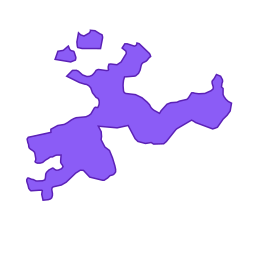 the border of Solothurn, rotated 12°
{"feature_id": "CHE-3426", "entity_name": "Solothurn", "entity_type": "Canton", "adm_level": 1, "iso_a3": "CHE", "parent_name": "Switzerland", "parent_adm1": "", "projection": "mercator", "projection_center": [7.597, 47.288], "detail": "fine", "context": "isolated", "style": "filled", "palette": "violet", "viewbox_px": 256, "rotation_deg": 12, "n_neighbors": 0, "source": "natural_earth", "source_scale": "10m", "svg_char_len": 3186}
<svg xmlns="http://www.w3.org/2000/svg" viewBox="0 0 256 256"><g transform="rotate(12 128 128)"><path d="M91.7,114.5L94.1,114.3L94.5,113.1L94.8,110.9L94.6,109.1L94.1,107.4L93.3,106.2L92.5,105.3L90.4,104.7L85.9,100.9L83.2,96.5L80.9,94.8L78.5,94.0L76.5,94.1L71.0,93.6L57.3,90.1L61.7,83.2L65.5,82.3L67.5,82.7L72.4,85.5L77.0,86.2L79.6,85.5L81.7,84.1L83.0,82.3L84.0,80.4L84.8,78.3L85.9,77.4L86.9,76.9L95.0,76.3L96.5,75.8L96.9,75.0L96.2,73.6L95.9,72.0L96.1,69.6L97.7,69.0L104.1,68.4L107.5,64.9L110.8,55.6L110.6,54.6L109.9,53.2L105.6,51.0L107.4,46.3L109.7,45.8L117.3,46.6L118.4,45.8L119.1,44.8L119.1,43.0L121.4,43.2L133.5,50.7L134.4,51.8L135.3,53.3L133.9,55.1L132.7,57.6L131.8,58.9L130.7,59.8L129.6,60.6L128.8,61.3L128.2,62.4L127.9,63.7L127.8,68.9L126.9,72.4L124.6,75.4L123.3,76.0L116.6,78.0L114.0,78.7L113.7,82.2L114.0,85.3L114.4,87.7L116.0,93.0L117.0,94.1L118.4,94.7L128.4,93.8L135.4,95.5L141.3,98.7L144.1,100.7L146.2,103.2L148.1,104.5L149.8,105.3L155.8,107.1L156.8,104.2L161.2,96.6L164.7,94.3L170.6,92.6L172.7,91.0L179.6,87.8L180.4,86.8L181.3,84.8L182.9,80.4L184.3,80.0L186.5,80.1L190.1,79.8L196.1,78.2L201.4,74.3L203.1,72.1L202.9,70.2L202.0,68.6L201.1,67.0L200.6,65.4L200.6,64.5L202.0,61.8L203.4,57.3L207.8,58.1L210.3,61.1L210.8,62.5L210.8,63.8L210.6,64.7L210.9,68.4L212.8,69.6L214.0,75.4L215.3,77.3L217.8,79.6L220.5,81.2L224.1,82.2L224.4,90.1L222.3,94.9L219.1,99.7L215.3,108.7L213.0,110.2L211.0,111.3L193.0,108.6L190.5,107.6L188.5,107.1L175.9,118.6L175.1,119.7L168.3,133.3L166.2,136.0L156.4,138.4L153.7,137.4L148.3,139.5L140.5,139.1L137.2,137.0L127.6,125.5L117.4,130.1L98.6,132.4L102.6,137.3L103.0,138.8L103.9,141.8L104.1,145.0L109.3,151.4L114.5,153.8L119.0,160.4L123.0,167.7L124.5,171.1L125.0,173.5L124.5,174.8L123.8,176.1L122.9,177.0L120.2,178.4L118.5,181.1L115.5,184.1L113.8,184.4L100.8,184.0L93.2,178.7L90.1,179.2L86.2,183.0L78.8,193.9L74.7,197.6L67.1,201.1L66.2,202.3L66.2,204.0L67.7,207.7L68.1,209.7L67.9,212.1L66.9,213.5L65.1,214.6L59.9,216.3L57.4,210.8L57.2,207.0L56.6,206.8L54.2,207.3L46.1,209.6L45.1,209.1L43.5,207.7L41.8,204.2L40.8,202.6L40.0,201.0L39.7,199.7L40.2,197.9L41.1,197.6L44.3,198.2L46.1,198.1L49.0,198.9L50.3,198.7L55.3,197.4L57.4,196.1L57.6,194.1L57.1,190.1L57.6,188.2L59.4,185.5L62.5,182.9L63.4,182.9L64.8,183.7L66.5,184.2L68.5,183.7L71.5,181.6L72.5,179.4L71.5,177.9L70.2,176.8L69.3,175.7L68.9,173.8L68.2,168.4L63.9,169.3L62.4,170.1L60.3,171.9L58.0,172.5L56.4,174.3L53.9,176.6L51.7,179.4L49.4,180.6L46.5,181.2L44.7,180.8L44.1,180.3L44.2,179.4L44.4,178.5L44.2,177.2L42.3,172.5L41.6,171.2L40.2,170.2L37.1,169.0L35.7,168.2L34.9,167.1L34.1,164.7L33.1,163.2L31.6,159.8L32.4,157.8L53.5,148.3L52.8,145.3L58.7,140.2L65.0,137.7L67.7,135.4L70.9,131.9L73.3,129.9L75.2,128.7L84.5,125.8L87.1,123.9L88.8,121.9L90.9,115.5L91.7,114.5ZM65.8,47.2L70.2,43.3L70.7,42.6L71.0,41.4L71.1,40.4L71.0,40.2L75.5,39.7L80.9,41.7L83.2,42.2L84.0,43.7L84.4,45.0L84.6,56.0L66.7,59.8L62.1,59.7L61.5,58.7L61.1,57.7L60.1,54.4L59.8,45.2L62.2,46.7L65.8,47.2ZM43.5,67.5L48.6,65.5L52.6,60.2L52.7,60.3L54.1,62.5L54.4,62.9L55.1,63.6L55.9,64.0L56.6,64.2L58.4,64.2L59.1,64.4L59.7,65.2L62.3,69.7L62.5,71.0L62.4,72.5L58.2,75.3L42.4,76.0L43.5,67.5Z" fill="#8b5cf6" stroke="#5b21b6" stroke-width="1.5"/></g></svg>